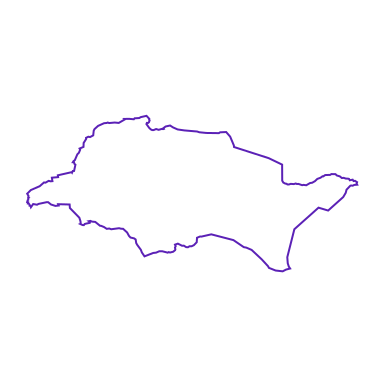 outline of Bray West Lea-4, Wicklow, Ireland, rotated 184°
{"feature_id": "5873133B9923799249207", "entity_name": "Bray West Lea-4", "entity_type": "district", "adm_level": 2, "iso_a3": "IRL", "parent_name": "Ireland", "parent_adm1": "Wicklow", "projection": "equal_earth", "projection_center": [-6.2, 53.173], "detail": "fine", "context": "isolated", "style": "outline", "palette": "violet", "viewbox_px": 384, "rotation_deg": 184, "n_neighbors": 0, "source": "geoboundaries", "source_scale": "gbopen_adm2", "svg_char_len": 2897}
<svg xmlns="http://www.w3.org/2000/svg" viewBox="0 0 384 384"><g transform="rotate(184 192 192)"><path d="M264.2,260.2L263.8,259.9L269.9,255.8L273.9,255.9L279.5,255.0L280.9,255.4L282.0,254.9L284.5,254.5L290.3,251.4L293.6,248.0L294.3,246.4L294.5,241.6L297.5,239.7L299.3,239.9L301.5,238.6L301.3,237.5L303.5,233.4L303.4,229.4L307.2,227.5L306.5,226.4L307.6,223.2L309.0,221.6L311.1,215.6L312.3,214.6L312.9,213.4L311.8,213.4L311.2,211.8L310.2,211.1L311.1,204.8L312.4,204.6L313.0,202.9L313.4,203.4L327.0,199.3L326.6,197.5L332.8,196.5L332.0,193.1L333.8,192.8L335.8,193.1L338.8,191.1L340.3,191.2L344.3,187.2L352.9,182.7L356.3,178.8L354.8,176.6L355.0,175.4L354.5,175.0L355.0,174.7L354.8,172.8L355.3,172.4L355.7,170.7L355.1,170.5L355.4,170.1L354.8,169.8L354.9,169.1L354.0,169.1L352.7,167.3L352.9,167.0L352.0,166.7L351.6,165.6L349.6,168.9L345.7,168.5L344.3,169.4L336.3,171.7L334.8,171.8L331.8,169.7L327.3,168.6L324.1,169.2L324.7,170.5L313.2,171.0L312.7,167.5L302.6,158.5L301.2,155.0L300.8,152.5L301.2,152.3L298.9,151.4L297.6,151.4L296.8,152.6L295.7,153.0L291.8,154.1L291.6,155.0L292.8,155.7L291.3,156.1L289.8,155.5L286.4,155.4L281.4,151.9L280.3,151.9L277.3,150.9L274.5,149.3L272.0,149.8L270.0,149.2L262.2,150.8L260.1,150.4L258.2,150.5L253.9,147.1L251.8,143.8L250.2,142.3L246.5,141.7L244.9,140.7L244.1,137.2L243.0,135.5L239.0,130.8L237.8,128.2L234.9,124.5L226.4,128.5L223.6,129.0L220.5,130.6L217.5,130.8L212.0,129.8L211.1,130.4L209.7,130.1L206.6,131.1L204.8,132.8L204.6,133.6L205.1,135.4L204.5,136.8L205.3,138.3L202.5,139.5L198.2,137.7L196.4,137.9L194.0,136.6L192.2,136.6L190.7,137.7L188.7,137.8L186.4,139.1L183.8,142.2L183.8,146.7L181.0,148.1L179.4,148.2L169.8,151.1L147.3,146.9L136.5,140.6L133.9,140.3L128.5,138.4L117.9,129.8L110.9,123.2L110.0,121.7L103.1,119.5L96.0,119.2L92.7,121.2L88.8,122.5L90.2,124.3L91.5,127.5L92.4,133.6L87.3,162.0L64.7,185.2L54.9,183.0L40.8,197.5L38.6,201.9L38.0,205.1L34.6,209.2L33.8,209.6L32.1,209.5L30.6,210.4L27.7,210.8L28.4,212.0L28.0,213.3L30.2,214.5L31.6,214.2L32.6,215.5L35.4,214.7L36.3,216.0L37.3,216.2L39.4,216.1L41.7,216.7L43.5,216.4L45.6,217.9L48.7,218.6L50.1,219.8L54.2,219.6L55.4,218.7L60.3,218.2L62.2,216.7L62.9,216.8L64.8,215.2L67.9,213.8L70.1,211.4L72.8,209.6L74.8,209.2L78.5,206.7L81.2,206.9L82.6,206.5L86.4,207.5L87.9,207.3L89.1,207.7L91.0,207.0L94.1,207.0L95.8,206.3L97.4,206.2L98.2,206.8L99.6,206.9L101.6,207.8L102.8,209.6L104.0,225.6L117.8,231.1L153.2,239.8L153.5,241.4L157.8,249.9L162.1,254.2L168.1,253.5L169.3,252.6L181.8,251.9L188.8,252.1L191.1,252.7L203.9,252.9L210.7,253.4L215.4,255.1L218.5,256.8L222.9,255.5L225.0,253.7L224.5,253.0L225.2,252.7L226.6,252.8L229.6,251.7L232.2,252.3L234.6,251.1L236.1,251.0L237.5,251.6L239.2,253.0L242.2,256.6L241.8,257.8L240.7,257.8L239.8,258.6L239.3,260.5L239.8,261.1L239.7,262.0L242.7,264.8L248.4,263.1L249.8,262.1L254.4,261.5L255.1,260.5L259.9,260.6L264.2,260.2Z" fill="none" stroke="#5b21b6" stroke-width="2"/></g></svg>